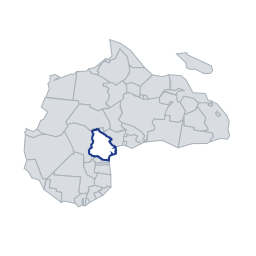 Nigeria highlighted on a map of Africa, rotated 278°
{"feature_id": "NGA", "entity_name": "Nigeria", "entity_type": "country or territory", "adm_level": 0, "iso_a3": "NGA", "parent_name": "Africa", "parent_adm1": "", "projection": "robinson", "projection_center": [7.751, 9.075], "detail": "fine", "context": "in_parent", "style": "outline", "palette": "blue", "viewbox_px": 256, "rotation_deg": 278, "n_neighbors": 49, "source": "natural_earth", "source_scale": "50m", "svg_char_len": 13260}
<svg xmlns="http://www.w3.org/2000/svg" viewBox="0 0 256 256"><g transform="rotate(278 128 128)"><path d="M170.8,134.3L184.0,144.8L183.7,155.5L186.4,160.7L184.4,162.3L172.1,164.1L170.2,158.2L162.8,155.1L160.0,150.0L159.4,144.3L162.9,141.1L162.1,134.8L170.8,134.3Z" fill="#d9dde1" stroke="#a8b0b8" stroke-width="1"/><path d="M66.0,54.3L65.9,58.5L57.9,58.4L57.7,65.6L55.4,65.9L55.1,71.4L45.0,72.3L55.4,53.5L66.0,54.3Z" fill="#d9dde1" stroke="#a8b0b8" stroke-width="1"/><path d="M159.4,144.3L162.8,155.1L157.8,155.7L156.7,164.9L159.8,166.0L159.9,169.0L153.7,164.4L141.3,162.9L140.4,152.2L136.3,151.2L133.6,154.1L129.8,154.4L127.0,148.2L116.7,147.9L120.2,144.3L122.6,145.6L126.2,141.6L130.3,132.8L132.5,119.7L134.8,117.4L142.1,120.2L150.2,116.8L154.5,116.8L157.1,119.5L160.3,118.6L164.0,125.4L160.8,129.9L159.4,144.3Z" fill="#d9dde1" stroke="#a8b0b8" stroke-width="1"/><path d="M190.0,136.3L188.4,123.7L191.2,119.6L198.3,117.5L205.1,109.0L194.8,105.7L192.0,101.8L193.3,99.2L197.1,102.1L213.0,97.7L210.8,108.8L205.2,119.7L190.0,136.3Z" fill="#d9dde1" stroke="#a8b0b8" stroke-width="1"/><path d="M184.0,144.8L170.8,134.3L173.6,126.2L171.0,119.6L174.2,116.1L181.3,121.4L190.6,120.5L188.4,123.7L190.0,136.3L184.0,144.8Z" fill="#d9dde1" stroke="#a8b0b8" stroke-width="1"/><path d="M147.4,108.4L145.5,107.1L144.6,106.3L144.9,103.1L140.7,96.1L143.3,87.3L145.4,87.5L145.1,75.1L147.9,75.1L147.7,69.5L176.7,69.5L178.6,79.1L181.0,80.8L177.2,83.7L176.1,93.3L171.4,101.6L170.8,107.1L167.5,97.0L164.2,103.9L160.8,102.5L158.3,105.1L152.8,104.9L148.6,102.6L145.7,107.3L147.4,108.4Z" fill="#d9dde1" stroke="#a8b0b8" stroke-width="1"/><path d="M145.1,76.3L145.4,87.5L143.3,87.3L140.7,96.1L143.1,100.1L131.0,109.3L124.4,110.6L121.0,104.6L124.8,103.4L122.6,94.0L119.9,91.0L124.1,84.7L125.6,74.1L122.9,67.1L125.4,65.5L145.1,76.3Z" fill="#d9dde1" stroke="#a8b0b8" stroke-width="1"/><path d="M126.3,212.2L127.5,210.9L131.4,213.6L134.8,211.9L135.1,201.5L137.4,207.3L139.1,207.0L143.4,202.9L149.0,203.5L158.5,193.9L162.8,194.4L164.4,200.4L163.9,204.5L162.0,204.2L161.0,207.1L162.4,208.6L166.2,207.1L164.4,212.7L154.1,224.1L148.2,227.4L140.6,227.2L134.6,229.8L130.7,227.9L130.6,221.0L126.3,212.2ZM156.6,213.3L154.4,213.0L151.7,215.9L154.3,217.8L156.6,213.3Z" fill="#d9dde1" stroke="#a8b0b8" stroke-width="1"/><path d="M156.6,213.3L154.3,217.8L151.7,215.9L154.4,213.0L156.6,213.3Z" fill="#d9dde1" stroke="#a8b0b8" stroke-width="1"/><path d="M162.8,194.4L155.1,192.2L148.7,181.7L153.0,182.2L161.2,175.4L167.4,178.8L166.6,188.9L162.8,194.4Z" fill="#d9dde1" stroke="#a8b0b8" stroke-width="1"/><path d="M158.5,193.9L149.0,203.5L143.4,202.9L139.1,207.0L137.4,207.3L135.1,201.5L135.3,193.3L137.7,193.2L138.0,183.1L148.7,181.7L155.1,192.2L158.5,193.9Z" fill="#d9dde1" stroke="#a8b0b8" stroke-width="1"/><path d="M135.3,193.3L134.8,211.9L131.4,213.6L127.5,210.9L126.3,212.2L123.6,208.1L121.5,194.0L115.4,180.4L148.2,181.2L138.0,183.1L137.7,193.2L135.3,193.3Z" fill="#d9dde1" stroke="#a8b0b8" stroke-width="1"/><path d="M45.2,93.2L43.0,90.0L46.9,85.2L50.7,84.7L56.4,90.3L58.0,96.5L45.2,96.6L44.8,94.5L52.3,93.5L45.2,93.2Z" fill="#d9dde1" stroke="#a8b0b8" stroke-width="1"/><path d="M58.0,96.5L56.4,90.3L57.7,88.2L72.9,87.8L71.2,61.2L74.9,61.1L94.4,76.0L94.4,77.8L97.1,77.5L95.5,87.7L83.9,89.3L76.6,93.6L73.0,102.3L66.5,102.8L63.9,96.9L61.3,98.2L58.0,96.5Z" fill="#d9dde1" stroke="#a8b0b8" stroke-width="1"/><path d="M45.0,72.3L55.1,71.4L55.4,65.9L57.7,65.6L57.9,58.4L65.9,58.5L66.0,54.3L74.9,61.1L71.2,61.2L72.9,87.8L57.7,88.2L56.4,90.3L50.7,84.7L46.0,86.1L46.8,74.9L45.0,72.3Z" fill="#d9dde1" stroke="#a8b0b8" stroke-width="1"/><path d="M93.1,113.9L91.0,114.3L90.5,105.8L88.3,102.0L93.5,97.1L95.8,101.3L93.2,107.6L93.1,113.9Z" fill="#d9dde1" stroke="#a8b0b8" stroke-width="1"/><path d="M122.9,67.1L125.6,74.1L124.1,84.7L119.9,91.0L122.6,94.0L121.6,96.4L118.8,93.2L108.8,95.4L99.9,92.5L96.6,93.4L95.4,98.7L89.0,95.3L87.4,89.5L95.5,87.7L97.1,77.5L116.0,65.3L121.2,68.1L122.9,67.1Z" fill="#d9dde1" stroke="#a8b0b8" stroke-width="1"/><path d="M122.3,95.3L124.8,103.4L121.0,104.6L124.7,109.9L122.4,118.2L126.0,126.7L110.4,125.1L107.5,118.9L108.1,116.1L111.5,111.7L115.6,111.9L122.3,95.3Z" fill="#d9dde1" stroke="#a8b0b8" stroke-width="1"/><path d="M88.7,100.6L91.0,114.3L89.0,114.9L86.3,101.4L88.7,100.6Z" fill="#d9dde1" stroke="#a8b0b8" stroke-width="1"/><path d="M86.5,100.5L89.0,114.9L79.2,117.5L79.1,100.7L86.5,100.5Z" fill="#d9dde1" stroke="#a8b0b8" stroke-width="1"/><path d="M66.5,102.8L71.0,101.9L79.4,104.4L79.2,117.5L67.1,119.3L67.5,115.5L65.0,113.3L66.5,102.8Z" fill="#d9dde1" stroke="#a8b0b8" stroke-width="1"/><path d="M52.6,96.1L61.3,98.2L63.9,96.9L66.5,102.8L65.8,109.9L63.5,111.0L62.2,107.5L60.3,108.0L58.8,103.2L53.5,106.5L48.9,100.4L52.6,96.1Z" fill="#d9dde1" stroke="#a8b0b8" stroke-width="1"/><path d="M45.2,96.6L52.6,96.1L52.4,98.3L48.9,100.4L45.2,96.6Z" fill="#d9dde1" stroke="#a8b0b8" stroke-width="1"/><path d="M65.4,109.9L65.0,113.3L67.5,115.5L67.1,119.3L57.9,112.4L61.0,107.9L63.5,111.0L65.4,109.9Z" fill="#d9dde1" stroke="#a8b0b8" stroke-width="1"/><path d="M53.5,106.5L58.8,103.2L61.0,107.9L57.9,112.4L53.5,106.5Z" fill="#d9dde1" stroke="#a8b0b8" stroke-width="1"/><path d="M73.0,102.3L75.9,94.3L83.9,89.3L87.4,89.5L89.0,95.3L91.8,96.0L88.7,100.6L79.1,100.7L79.4,104.4L73.0,102.3Z" fill="#d9dde1" stroke="#a8b0b8" stroke-width="1"/><path d="M154.5,116.8L147.1,117.2L142.1,120.2L134.8,117.4L132.3,121.7L129.0,121.1L126.2,125.2L122.3,116.2L124.4,110.6L131.0,109.3L143.1,100.1L144.6,106.3L154.5,116.8Z" fill="#d9dde1" stroke="#a8b0b8" stroke-width="1"/><path d="M132.3,121.7L130.3,132.8L126.2,141.6L122.6,145.6L117.8,144.1L116.0,145.8L114.0,142.8L115.9,141.3L114.9,139.4L117.7,137.1L121.2,138.6L122.3,135.4L120.8,131.5L121.9,128.2L119.4,127.9L118.9,125.2L126.0,126.7L129.0,121.1L132.3,121.7Z" fill="#d9dde1" stroke="#a8b0b8" stroke-width="1"/><path d="M114.4,125.2L118.6,125.0L119.4,127.9L121.9,128.2L120.8,131.5L122.3,135.4L121.2,138.6L117.7,137.1L114.9,139.4L115.9,141.3L114.0,142.8L108.3,134.7L110.0,128.7L114.4,128.6L114.4,125.2Z" fill="#d9dde1" stroke="#a8b0b8" stroke-width="1"/><path d="M110.4,125.1L114.4,125.2L114.4,128.6L110.0,128.7L110.4,125.1Z" fill="#d9dde1" stroke="#a8b0b8" stroke-width="1"/><path d="M162.8,155.1L168.9,158.9L167.3,170.3L168.6,171.0L161.0,173.4L161.2,175.4L153.0,182.2L143.7,181.1L140.5,177.0L140.7,168.0L145.9,168.0L145.7,162.4L153.7,164.4L159.9,169.0L159.8,166.0L156.7,164.9L157.0,157.5L158.4,155.3L162.8,155.1Z" fill="#d9dde1" stroke="#a8b0b8" stroke-width="1"/><path d="M167.7,157.6L171.5,160.3L171.9,169.9L174.6,172.8L172.8,179.0L171.6,172.8L167.3,170.3L169.5,161.3L167.7,157.6Z" fill="#d9dde1" stroke="#a8b0b8" stroke-width="1"/><path d="M172.1,164.1L179.3,164.2L186.4,160.7L187.2,173.1L183.7,178.8L171.9,187.4L173.0,199.7L166.9,203.2L166.2,207.1L164.4,207.0L162.8,194.4L166.6,188.9L167.4,178.8L161.3,176.4L161.0,173.4L168.6,171.0L171.6,172.8L172.8,179.0L174.6,172.8L171.9,169.9L172.1,164.1Z" fill="#d9dde1" stroke="#a8b0b8" stroke-width="1"/><path d="M164.4,207.0L162.4,208.6L161.0,207.1L162.0,204.2L164.4,207.0Z" fill="#d9dde1" stroke="#a8b0b8" stroke-width="1"/><path d="M116.0,145.8L117.8,145.7L116.7,147.9L116.0,145.8ZM117.0,148.8L127.0,148.2L129.8,154.4L133.6,154.1L136.3,151.2L140.4,152.2L141.3,162.9L146.0,163.3L145.9,168.0L140.7,168.0L140.5,177.0L143.7,181.1L115.4,180.4L120.5,163.5L117.0,148.8Z" fill="#d9dde1" stroke="#a8b0b8" stroke-width="1"/><path d="M162.2,138.4L162.9,141.1L159.4,144.3L158.6,139.6L162.2,138.4Z" fill="#d9dde1" stroke="#a8b0b8" stroke-width="1"/><path d="M208.3,165.6L210.7,175.9L209.0,175.9L201.1,202.0L196.8,203.9L193.7,202.1L192.4,195.9L195.6,186.4L194.7,180.7L196.0,177.4L200.7,176.1L208.3,165.6Z" fill="#d9dde1" stroke="#a8b0b8" stroke-width="1"/><path d="M44.8,94.5L49.2,92.4L52.3,93.5L44.8,94.5Z" fill="#d9dde1" stroke="#a8b0b8" stroke-width="1"/><path d="M109.8,46.1L105.1,35.4L107.2,27.3L109.7,26.2L111.3,28.0L113.3,26.9L111.3,34.7L114.5,38.1L109.8,46.1Z" fill="#d9dde1" stroke="#a8b0b8" stroke-width="1"/><path d="M66.0,54.3L66.2,50.2L84.1,40.5L82.3,32.3L84.7,30.8L91.0,28.3L107.2,27.3L105.1,35.4L108.7,41.0L110.6,48.5L109.4,57.9L111.8,62.8L116.0,65.3L100.6,76.3L94.4,77.8L94.4,76.0L66.0,54.3Z" fill="#d9dde1" stroke="#a8b0b8" stroke-width="1"/><path d="M176.5,90.9L177.2,83.7L181.0,80.8L183.3,86.7L193.1,95.8L191.3,96.2L185.3,90.6L176.5,90.9Z" fill="#d9dde1" stroke="#a8b0b8" stroke-width="1"/><path d="M55.4,53.5L64.2,47.1L65.2,39.7L71.1,35.3L73.6,30.7L82.3,32.3L84.1,40.5L66.2,50.2L66.1,53.5L55.4,53.5Z" fill="#d9dde1" stroke="#a8b0b8" stroke-width="1"/><path d="M176.7,69.5L147.7,69.5L147.1,42.5L156.1,44.5L160.9,42.5L163.4,44.3L168.8,43.5L170.8,48.3L169.2,53.1L164.5,47.6L173.6,64.1L173.3,66.4L176.7,69.5Z" fill="#d9dde1" stroke="#a8b0b8" stroke-width="1"/><path d="M146.5,41.6L147.9,75.1L145.1,76.3L125.4,65.5L121.2,68.1L111.8,62.8L109.4,57.9L110.9,43.0L114.5,38.1L123.4,40.5L124.6,43.0L132.7,46.2L136.7,39.3L146.5,41.6Z" fill="#d9dde1" stroke="#a8b0b8" stroke-width="1"/><path d="M205.1,109.0L198.3,117.5L184.9,121.9L176.4,119.0L168.3,109.6L176.5,90.9L179.4,91.5L180.1,89.4L189.3,93.6L191.3,96.2L189.9,100.4L192.5,100.8L194.8,105.7L205.1,109.0Z" fill="#d9dde1" stroke="#a8b0b8" stroke-width="1"/><path d="M191.3,96.2L193.7,96.6L192.5,100.8L189.9,100.4L191.3,96.2Z" fill="#d9dde1" stroke="#a8b0b8" stroke-width="1"/><path d="M170.8,134.3L160.0,135.4L164.2,120.9L171.0,119.6L172.2,121.6L173.6,126.2L170.8,134.3Z" fill="#d9dde1" stroke="#a8b0b8" stroke-width="1"/><path d="M162.1,134.8L163.0,138.1L158.6,139.6L159.3,136.2L162.1,134.8Z" fill="#d9dde1" stroke="#a8b0b8" stroke-width="1"/><path d="M163.1,121.7L160.3,118.6L156.0,119.2L145.7,107.3L150.4,102.2L152.8,104.9L158.3,105.1L160.8,102.5L164.2,103.9L166.7,100.3L165.9,97.8L168.7,97.2L170.8,107.1L168.3,109.6L174.2,116.1L169.5,120.9L163.1,121.7Z" fill="#d9dde1" stroke="#a8b0b8" stroke-width="1"/><path d="M120.1,92.9L120.5,93.5L120.9,94.2L121.3,94.7L121.5,96.0L121.5,96.4L121.6,96.5L121.8,96.7L122.1,96.8L122.4,96.9L122.6,97.1L122.6,97.3L122.6,97.8L122.6,98.2L122.5,98.5L122.6,98.9L122.5,99.0L122.4,99.3L122.1,99.4L121.6,99.8L121.3,99.9L121.1,100.0L120.9,100.2L120.4,100.9L120.0,101.7L119.8,102.3L119.7,102.9L119.3,103.3L119.3,103.5L119.3,103.9L119.2,104.4L119.2,104.6L118.7,104.8L118.5,105.0L118.4,105.3L118.3,105.7L118.2,106.1L118.2,106.5L118.0,106.9L117.8,107.1L117.6,107.3L117.2,107.3L117.0,107.8L116.8,108.2L116.8,108.4L116.6,109.2L116.3,109.8L116.2,110.0L115.8,110.7L115.7,110.9L115.6,111.1L115.7,111.3L115.8,111.4L115.9,111.5L115.7,111.7L115.4,112.0L115.2,112.2L115.1,112.7L115.0,112.8L114.9,113.0L114.7,113.2L114.5,113.3L114.3,113.4L114.1,113.4L113.9,113.2L113.8,112.7L113.7,112.6L113.3,112.2L113.1,111.9L112.7,111.7L112.5,112.0L112.4,112.1L112.0,112.2L111.7,112.1L111.6,111.8L111.3,112.1L110.9,112.4L110.7,112.5L110.6,112.8L110.4,113.2L110.2,113.3L110.0,113.5L109.8,113.6L109.7,113.8L109.3,114.1L108.9,114.6L108.7,114.9L108.6,115.3L108.5,115.7L108.4,116.2L108.3,116.9L108.0,117.4L107.9,117.7L107.7,118.0L107.5,118.3L107.3,118.2L107.2,118.0L106.9,117.7L107.1,118.5L106.3,118.7L105.8,118.8L105.4,118.8L105.2,118.7L104.9,118.7L104.5,118.8L104.3,118.6L104.1,118.4L104.2,118.6L104.2,118.9L103.8,119.2L103.6,119.2L103.4,119.1L103.4,118.8L103.3,118.5L103.2,118.3L103.2,118.5L103.3,118.6L103.3,119.0L103.4,119.3L103.2,119.3L102.9,119.3L102.8,119.2L102.7,119.0L102.7,119.3L102.4,119.4L102.0,119.4L101.9,119.4L102.0,119.3L102.0,119.1L101.8,119.2L101.8,119.5L101.7,119.5L101.2,119.3L101.0,119.2L100.8,119.0L100.3,118.5L100.2,118.2L100.0,117.9L99.9,117.6L99.7,117.1L99.8,117.1L100.0,117.0L99.8,117.0L99.7,116.9L99.7,116.5L99.9,116.5L100.0,116.4L100.2,116.1L99.8,116.3L99.4,116.1L99.3,115.9L99.5,115.9L99.8,115.9L99.8,115.7L99.7,115.7L99.2,115.8L99.1,115.7L99.1,115.4L98.9,115.2L98.5,114.6L97.9,114.0L97.4,113.7L96.6,113.5L95.0,113.5L94.9,113.5L95.0,113.4L95.7,113.0L95.1,113.2L94.9,113.2L94.7,113.5L93.3,113.6L93.1,113.6L93.2,113.0L93.2,112.8L93.3,112.7L93.2,112.5L93.2,112.3L93.1,111.9L93.2,111.6L93.2,111.4L93.2,110.7L93.3,110.6L93.2,110.3L93.1,110.1L93.1,109.8L93.1,109.5L93.1,109.4L93.1,108.9L93.1,108.2L93.2,107.8L93.2,107.3L93.2,106.8L93.3,106.1L93.6,106.0L94.0,106.0L94.1,105.7L94.2,105.3L94.2,104.9L94.3,104.8L94.4,104.6L94.7,104.3L94.7,104.0L94.7,103.9L94.9,103.8L95.0,103.8L95.2,103.6L95.3,103.4L95.5,102.9L95.3,102.6L95.4,102.4L95.5,102.2L95.8,102.2L95.9,101.7L95.7,101.2L95.7,100.6L95.6,100.3L95.6,100.2L95.4,100.0L95.1,99.4L95.1,99.1L95.2,98.8L95.3,98.6L95.5,98.5L95.5,98.4L95.4,98.2L95.4,97.9L95.5,97.8L95.4,97.6L95.4,97.2L95.5,96.6L95.5,96.2L95.8,96.0L96.2,95.5L96.5,95.1L96.6,94.7L96.7,93.6L96.8,93.5L97.0,93.5L97.4,93.1L97.8,92.9L98.0,92.8L98.4,92.8L98.6,92.8L99.1,92.8L99.4,92.8L99.7,92.5L99.9,92.5L100.1,92.4L100.9,92.7L101.8,93.0L102.1,93.0L102.3,93.2L102.6,93.5L102.8,93.7L102.9,93.9L103.3,94.6L103.5,94.8L103.8,94.9L104.0,94.8L104.2,94.7L104.5,94.6L105.7,94.0L105.8,93.9L106.1,94.0L106.5,94.1L107.4,94.7L108.1,95.2L108.6,95.3L109.2,95.4L110.3,95.4L111.0,94.5L111.3,94.3L111.7,94.1L111.8,94.1L112.4,94.0L113.6,93.9L114.7,93.9L114.9,93.9L115.4,94.1L116.1,94.4L116.4,94.6L116.9,94.7L117.3,94.6L117.4,94.4L117.8,94.0L118.0,93.8L118.3,93.6L118.7,93.4L119.1,93.3L119.4,93.0L119.7,92.9L120.1,92.9ZM104.5,119.1L104.3,119.2L104.1,119.2L104.3,118.8L104.6,118.9L104.5,119.1Z" fill="none" stroke="#1e3a8a" stroke-width="2"/></g></svg>